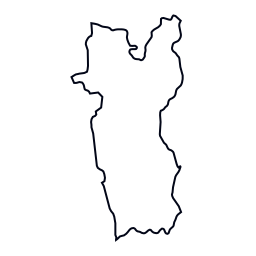 outline of Limerick, rotated 269°
{"feature_id": "IRL-726", "entity_name": "Limerick", "entity_type": "County", "adm_level": 1, "iso_a3": "IRL", "parent_name": "Ireland", "parent_adm1": "", "projection": "equal_earth", "projection_center": [-8.682, 52.516], "detail": "fine", "context": "isolated", "style": "outline", "palette": "ink", "viewbox_px": 256, "rotation_deg": 269, "n_neighbors": 0, "source": "natural_earth", "source_scale": "10m", "svg_char_len": 3679}
<svg xmlns="http://www.w3.org/2000/svg" viewBox="0 0 256 256"><g transform="rotate(269 128 128)"><path d="M16.3,114.1L17.0,114.1L18.6,114.5L21.3,113.5L33.0,113.7L39.6,112.7L42.6,111.7L45.1,109.7L47.8,108.3L70.3,102.8L73.7,101.0L75.2,103.5L78.6,104.1L82.3,103.5L85.0,102.6L86.1,101.3L87.2,99.1L88.7,97.1L90.8,96.2L123.1,93.1L129.3,91.5L131.6,91.5L131.8,91.5L134.6,91.2L137.4,91.7L139.7,93.0L140.7,95.4L142.0,96.5L145.1,96.1L148.9,101.5L159.6,102.9L164.0,98.8L163.1,90.6L165.0,89.7L166.1,88.4L166.6,86.8L167.4,85.5L169.2,85.0L170.6,84.8L172.0,84.4L173.3,83.7L174.3,82.8L174.8,80.2L174.0,77.3L174.0,74.9L179.9,72.4L181.8,75.5L182.5,76.9L182.9,79.1L183.1,79.9L183.2,80.3L183.7,84.7L183.9,85.6L185.0,88.0L187.2,88.6L190.8,89.1L206.5,89.1L212.3,87.3L213.9,87.4L215.7,87.9L218.6,89.6L219.8,90.8L220.5,92.0L220.7,92.9L223.6,93.7L233.4,93.2L232.6,97.4L232.0,99.6L230.1,103.5L229.7,104.8L229.0,109.4L228.5,110.8L227.9,111.8L226.6,112.9L226.1,113.7L225.9,114.7L226.5,116.9L226.8,118.9L226.8,122.4L226.7,124.2L226.5,125.6L226.0,127.3L225.6,127.9L225.3,128.2L225.0,128.5L224.5,128.7L223.8,129.0L222.8,129.1L221.7,129.0L219.6,128.6L218.5,128.5L216.3,128.9L213.4,129.9L210.5,131.4L210.2,131.6L210.0,133.6L210.1,136.4L209.4,137.6L208.6,138.3L207.6,138.1L206.9,137.5L206.7,136.5L206.8,134.0L206.7,133.0L206.6,132.2L206.4,131.7L206.2,131.5L205.8,131.2L205.1,130.9L204.1,130.7L203.2,130.9L202.6,131.2L202.1,131.5L200.5,133.0L198.2,134.5L197.7,135.1L197.2,135.9L196.9,136.7L196.7,137.8L196.5,140.3L195.6,142.0L195.6,142.8L196.2,144.0L198.3,145.5L199.2,146.0L199.9,146.1L200.0,146.1L200.8,146.0L202.5,146.2L204.6,146.8L205.8,146.9L208.1,146.7L209.5,147.0L211.1,147.8L218.4,153.1L219.8,153.4L223.3,153.2L224.6,154.2L226.0,155.9L228.3,160.0L229.9,161.8L231.3,162.7L236.5,162.9L237.2,163.8L237.4,165.4L235.6,171.1L235.5,172.5L236.3,173.3L237.3,173.8L238.3,174.2L239.1,174.7L239.7,175.3L239.4,176.5L239.1,177.5L234.3,182.6L231.7,181.3L230.8,181.1L229.2,181.0L220.8,182.5L219.5,182.5L218.0,182.2L216.1,181.2L215.0,180.4L214.2,179.6L213.8,178.9L212.8,176.5L212.4,175.7L212.0,175.1L211.2,174.5L210.1,174.1L207.3,173.4L205.8,173.5L204.0,174.5L203.2,175.5L202.6,176.3L202.0,177.0L199.7,178.5L197.8,180.2L196.3,180.6L188.1,181.4L179.5,183.6L176.0,183.5L172.5,182.8L170.9,182.2L169.6,181.5L166.3,177.8L165.6,177.3L164.4,176.8L160.7,176.0L159.5,175.4L158.6,174.8L158.1,174.2L157.1,172.8L156.4,171.3L156.0,170.5L155.4,169.8L154.7,169.3L153.7,168.9L150.9,168.3L150.1,167.8L149.4,167.3L148.2,165.7L147.6,165.2L146.9,164.7L146.3,164.2L145.8,163.5L145.3,162.7L144.7,161.1L143.1,160.5L140.2,160.3L133.4,160.7L121.3,159.7L119.6,159.9L112.6,163.7L110.9,165.6L110.2,166.1L109.3,166.5L108.3,166.9L106.7,167.7L106.1,168.3L105.6,169.0L105.3,169.9L105.0,170.7L104.5,171.4L103.9,172.1L103.3,172.7L102.5,173.1L91.2,176.0L88.7,176.9L87.6,177.8L88.0,178.5L88.6,179.1L88.7,179.6L88.2,179.8L84.8,178.6L82.9,177.5L80.1,175.4L78.4,174.5L68.0,172.0L62.8,171.4L60.8,170.8L59.3,171.0L57.1,171.9L48.9,177.4L43.0,179.6L40.8,176.7L40.2,176.1L39.3,175.4L38.4,174.9L35.6,173.9L33.0,172.6L29.7,171.9L28.9,171.5L28.3,170.9L27.3,169.7L26.1,168.4L25.3,167.9L22.3,166.8L21.8,166.2L21.5,165.4L22.0,164.2L22.8,163.5L25.6,162.4L26.3,161.9L26.7,161.1L26.8,160.2L25.9,159.0L25.2,158.2L23.1,156.6L22.7,156.1L22.4,155.1L22.4,154.2L22.8,152.3L23.3,151.3L24.0,150.4L24.6,149.8L25.4,149.3L25.8,148.6L25.9,147.8L25.2,146.5L24.5,145.6L23.8,144.9L22.9,143.6L22.5,142.7L22.5,141.5L23.0,139.7L23.7,138.7L24.1,137.6L24.5,135.8L24.9,135.1L25.4,134.5L26.1,133.9L26.9,133.4L27.5,132.7L27.9,131.7L27.7,130.1L27.1,128.8L26.1,127.7L23.9,125.9L22.3,124.4L20.7,122.1L20.3,120.2L19.7,118.0L17.3,115.5L16.3,114.1Z" fill="none" stroke="#020617" stroke-width="2"/></g></svg>